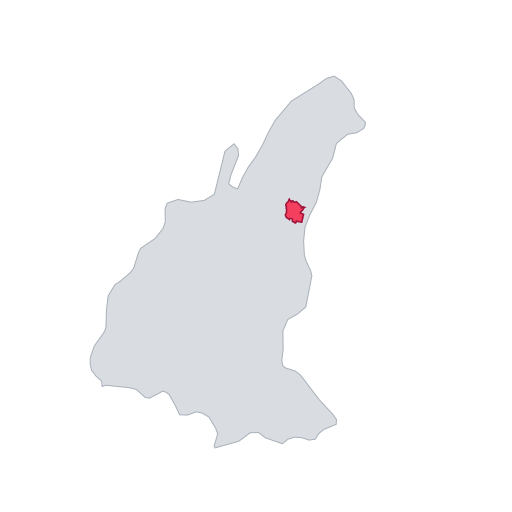 Guerra, Santo Domingo, Dominican Republic (highlighted), rotated 288°
{"feature_id": "3306468B94493131963400", "entity_name": "Guerra", "entity_type": "district", "adm_level": 2, "iso_a3": "DOM", "parent_name": "Dominican Republic", "parent_adm1": "Santo Domingo", "projection": "mercator", "projection_center": [-69.659, 18.576], "detail": "fine", "context": "in_parent", "style": "filled", "palette": "rose", "viewbox_px": 512, "rotation_deg": 288, "n_neighbors": 0, "source": "geoboundaries", "source_scale": "gbopen_adm2", "svg_char_len": 4580}
<svg xmlns="http://www.w3.org/2000/svg" viewBox="0 0 512 512"><g transform="rotate(288 256 256)"><path d="M85.6,339.1L86.0,320.6L88.9,313.1L86.2,305.2L74.4,296.8L67.2,285.9L60.8,276.3L62.3,274.9L75.1,274.5L79.6,271.0L88.2,261.1L90.0,253.2L89.3,247.2L83.6,240.1L81.4,232.5L88.4,225.9L97.4,216.3L98.7,212.6L98.5,208.9L87.9,198.8L87.2,194.4L92.1,183.4L91.6,176.1L86.7,153.3L84.4,149.9L89.1,148.0L92.2,141.2L96.3,135.1L101.8,131.8L108.0,129.8L120.4,130.0L137.5,135.3L142.3,135.2L158.7,130.4L172.4,127.7L185.2,130.7L190.4,134.9L201.0,141.4L206.3,143.4L223.0,143.2L227.6,143.9L241.6,154.7L253.4,159.0L260.3,159.2L272.6,155.0L278.7,155.1L285.7,164.4L287.1,177.6L292.9,189.6L301.9,197.3L346.1,194.1L355.9,200.4L352.5,205.6L346.3,208.4L325.3,207.1L316.1,207.8L314.3,212.9L314.2,217.8L326.5,218.9L338.6,221.3L350.8,225.2L363.3,227.8L377.4,229.6L391.2,232.4L414.3,241.8L439.9,263.2L446.7,268.1L451.2,274.8L449.0,283.1L439.9,296.6L434.8,301.0L427.2,303.6L422.1,309.1L417.1,318.6L414.1,319.4L410.5,319.0L404.3,313.6L400.0,305.4L387.7,297.7L373.0,298.7L351.5,294.1L338.4,296.3L325.3,296.8L312.0,294.5L298.6,293.7L285.1,296.6L272.1,301.6L267.3,304.7L259.0,312.4L254.6,315.2L222.9,319.1L213.8,313.5L205.4,305.8L193.2,304.7L175.5,310.7L164.5,312.8L160.0,315.4L158.7,318.3L158.7,329.1L156.2,335.6L139.0,360.3L129.3,377.7L125.3,383.1L120.7,384.3L112.2,374.3L106.8,370.7L100.1,368.9L97.3,363.5L97.4,356.0L95.6,348.6L91.5,342.9L85.6,339.1Z" fill="#d9dde1" stroke="#a8b0b8" stroke-width="1"/><path d="M304.4,271.2L304.2,271.3L303.9,271.4L303.7,271.4L303.6,271.5L303.3,271.9L303.0,272.1L302.7,272.3L302.2,272.8L302.0,273.0L301.9,273.1L301.9,273.3L301.8,273.6L301.8,274.0L301.7,274.2L301.6,274.5L301.5,274.8L301.5,275.2L301.4,275.4L301.4,275.5L301.2,275.8L301.1,276.2L301.0,276.5L301.4,276.4L301.6,276.4L301.9,276.4L302.0,276.5L302.1,276.8L302.2,277.3L302.2,277.6L302.4,278.0L302.4,278.3L302.4,278.6L302.4,278.9L302.3,279.1L302.2,279.4L302.1,279.5L301.9,279.6L301.7,279.6L301.0,279.6L300.8,279.6L300.7,279.6L300.3,279.8L300.0,280.5L299.9,280.6L299.9,280.9L299.9,281.1L299.9,281.3L300.0,281.5L300.1,281.8L300.2,282.0L300.0,282.4L299.6,282.8L299.4,283.0L299.5,283.3L299.7,283.5L299.9,283.6L300.0,283.7L300.3,283.7L301.2,283.7L301.4,283.7L301.6,283.7L301.6,283.8L301.8,283.9L301.8,284.0L301.8,284.3L301.8,285.9L301.8,286.5L301.9,286.8L302.0,287.2L302.1,287.5L302.1,287.8L302.1,288.6L302.1,288.8L302.2,289.0L302.3,289.1L302.7,289.1L303.0,289.1L303.3,289.1L303.5,289.1L304.0,288.9L304.3,288.8L304.5,288.8L304.9,288.8L306.6,288.8L306.6,288.6L306.7,288.4L306.8,288.3L307.0,288.3L307.3,288.4L307.4,288.5L307.6,288.5L307.8,288.5L309.8,288.5L310.1,288.5L310.3,288.4L310.4,288.2L310.4,287.2L310.4,286.8L310.4,286.7L310.6,286.3L310.6,286.1L310.6,285.9L310.6,285.6L310.4,285.4L310.4,285.1L310.4,284.9L310.5,284.8L310.6,284.7L310.8,284.7L311.0,284.8L311.3,284.9L311.4,285.0L311.6,285.0L312.1,285.1L312.3,285.1L312.9,285.5L313.1,285.6L313.4,285.8L313.6,286.0L314.2,286.3L314.4,286.3L315.1,286.4L315.3,286.4L315.8,286.6L316.4,286.7L316.7,286.9L317.1,287.0L317.3,287.2L317.3,286.7L317.4,286.0L317.3,285.7L317.3,285.4L317.2,285.4L317.0,285.2L316.7,285.0L316.4,284.9L316.1,284.7L315.9,284.6L315.8,284.4L315.8,284.2L316.3,283.9L316.7,283.8L317.0,283.6L317.3,283.4L317.5,283.3L317.6,283.2L317.7,282.9L317.8,282.7L317.9,282.3L318.0,281.9L318.0,281.7L318.2,281.4L318.4,281.1L318.5,280.9L318.7,280.7L318.9,280.3L319.0,280.0L319.2,279.7L319.3,279.4L319.5,279.0L319.6,278.8L319.8,278.4L319.9,278.2L320.1,277.9L320.1,277.7L320.1,277.4L319.5,276.8L319.3,276.6L319.3,276.4L319.2,276.2L319.0,275.9L318.9,275.7L319.0,275.4L319.1,275.2L319.6,274.5L319.7,274.4L319.8,274.3L319.9,274.1L319.9,273.8L319.8,273.7L319.6,273.3L319.5,273.2L319.4,273.1L319.2,273.1L319.0,273.3L318.8,273.3L318.7,273.3L318.4,273.3L318.3,273.2L318.3,272.9L318.3,272.7L318.3,272.4L318.5,272.3L318.6,272.2L318.9,272.0L319.1,271.9L319.2,271.7L319.3,271.5L319.5,271.1L319.6,270.8L319.7,270.7L319.8,270.6L320.0,270.4L320.4,270.1L319.9,269.9L319.6,269.9L319.2,269.9L318.1,269.9L317.9,269.8L317.6,269.8L317.3,269.6L317.0,269.5L316.9,269.4L316.6,269.1L316.4,269.0L316.3,268.9L316.1,268.9L315.5,268.9L315.2,268.8L314.8,268.6L314.3,268.4L314.2,268.4L313.5,268.6L313.4,268.7L313.0,268.9L312.9,269.0L312.6,269.6L312.4,269.8L312.2,269.8L311.3,269.8L311.2,269.8L310.9,269.9L310.3,270.2L310.2,270.3L309.9,270.6L309.7,270.7L309.1,271.0L308.8,271.1L308.2,271.1L307.9,271.1L307.5,271.3L307.4,271.3L307.0,271.4L306.8,271.5L306.7,271.6L306.4,271.6L306.2,271.6L305.9,271.5L305.7,271.4L304.8,271.3L304.7,271.3L304.4,271.2Z" fill="#f43f5e" stroke="#9f1239" stroke-width="1.5"/></g></svg>